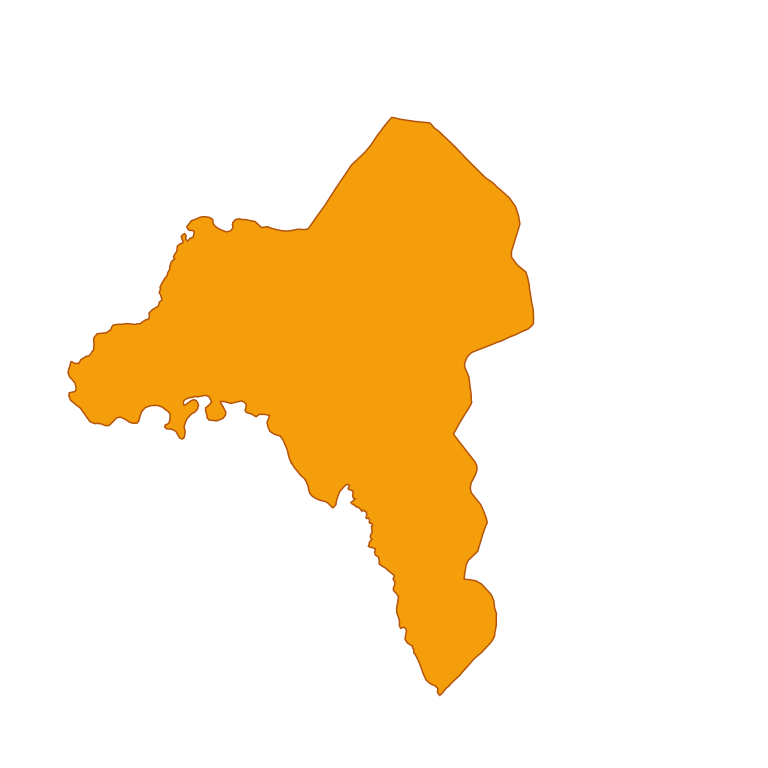 Korogwe Township Authority, Tanga, United Republic of Tanzania, rotated 132°
{"feature_id": "72390352B41893572728253", "entity_name": "Korogwe Township Authority", "entity_type": "district", "adm_level": 2, "iso_a3": "TZA", "parent_name": "United Republic of Tanzania", "parent_adm1": "Tanga", "projection": "mercator", "projection_center": [38.503, -5.145], "detail": "fine", "context": "isolated", "style": "filled", "palette": "amber", "viewbox_px": 768, "rotation_deg": 132, "n_neighbors": 0, "source": "geoboundaries", "source_scale": "gbopen_adm2", "svg_char_len": 6135}
<svg xmlns="http://www.w3.org/2000/svg" viewBox="0 0 768 768"><g transform="rotate(132 384 384)"><path d="M576.9,631.6L581.0,629.4L583.4,628.5L587.2,626.2L589.1,622.4L589.4,618.4L590.2,614.1L592.3,610.9L594.7,608.8L596.6,608.8L601.1,612.0L603.7,610.3L605.8,606.0L605.6,599.5L605.1,593.7L606.2,588.6L607.7,582.1L608.7,577.1L606.8,572.1L604.9,570.6L603.2,567.9L602.7,567.2L601.5,563.4L599.3,560.8L595.6,560.2L590.7,560.2L587.5,559.8L584.9,557.5L583.4,552.8L582.6,547.3L581.1,544.3L578.3,541.3L575.5,541.5L571.3,543.7L566.8,545.6L561.2,545.6L555.5,542.4L551.4,537.9L549.5,533.3L549.3,529.4L548.9,525.8L549.5,522.9L552.1,520.5L554.2,519.0L556.3,518.0L558.7,518.0L560.6,519.2L562.7,518.2L562.7,515.4L560.6,512.9L559.3,510.5L558.4,506.9L560.2,502.1L560.8,499.9L560.0,497.2L557.8,496.6L554.4,498.4L552.1,500.4L549.5,504.0L545.4,505.9L541.6,507.1L534.8,507.1L532.2,505.9L527.8,505.7L523.9,507.6L522.6,509.9L522.0,512.7L523.1,515.0L525.8,516.3L529.7,517.1L532.4,517.5L533.5,518.2L532.6,520.3L530.3,521.6L528.0,521.2L524.6,519.7L522.4,517.6L519.4,515.9L518.4,514.0L515.6,512.0L511.7,508.9L510.5,505.7L511.7,502.1L512.4,500.6L514.9,499.9L517.9,500.1L521.1,500.6L523.7,498.2L525.2,495.3L527.5,492.7L527.8,489.7L525.4,486.6L523.5,483.8L519.9,481.9L516.7,480.6L513.0,481.1L510.7,482.7L509.8,485.3L508.5,488.5L507.9,490.6L507.5,492.3L506.4,493.8L503.9,491.0L500.9,484.9L494.5,480.4L492.1,478.9L491.1,476.0L491.1,473.2L493.4,471.1L496.6,469.6L497.2,467.2L496.0,464.5L494.9,462.4L494.5,459.8L493.8,457.1L490.0,456.4L486.0,451.8L484.0,447.9L490.9,445.2L493.4,441.8L495.5,437.1L494.7,431.8L492.1,426.3L493.2,421.4L497.5,412.1L500.5,407.8L502.6,404.6L504.7,400.1L504.3,400.2L505.7,396.3L506.0,394.8L506.9,389.5L507.7,384.6L507.5,380.4L508.6,376.4L510.7,372.1L513.3,368.7L514.9,366.0L515.4,362.6L514.7,358.1L513.2,353.7L510.3,348.3L510.0,345.8L510.3,341.1L510.1,339.0L505.8,339.0L502.8,341.1L497.0,343.7L493.2,345.0L490.2,345.0L484.9,344.9L482.5,343.5L482.5,341.8L485.7,340.7L486.0,339.7L485.1,337.7L484.3,335.6L486.0,333.9L488.3,332.2L489.4,330.1L488.5,328.6L490.7,328.6L494.1,329.3L494.5,327.6L493.8,324.6L493.8,322.4L492.6,319.7L493.0,316.7L493.4,315.4L492.4,315.4L491.8,314.9L491.8,313.8L491.3,313.5L491.1,311.2L493.0,309.1L495.3,308.1L495.7,307.0L493.9,305.7L494.9,303.5L496.4,302.7L497.0,301.3L495.7,299.8L496.7,297.7L498.1,298.2L499.7,296.3L502.3,293.4L503.8,293.4L506.5,292.2L507.3,291.1L507.4,288.9L509.5,289.2L511.9,288.7L513.0,287.8L514.9,287.2L514.8,285.7L513.5,283.3L512.3,280.0L514.0,279.0L515.4,278.3L516.8,276.1L516.4,272.2L518.7,269.1L520.9,267.3L520.8,265.0L519.8,259.7L519.8,254.9L519.4,249.3L520.0,247.6L522.4,247.0L523.4,245.7L523.4,243.9L525.7,241.9L527.5,241.1L529.0,240.7L530.9,239.1L531.3,236.7L531.4,234.1L532.6,230.7L535.0,229.1L542.6,224.3L545.8,220.9L548.3,216.0L550.6,213.1L552.4,211.7L553.4,210.7L554.4,208.1L552.0,207.0L551.1,205.4L551.9,202.8L552.3,202.5L552.3,202.2L556.2,199.8L559.6,197.6L560.8,193.3L559.8,187.5L561.0,186.1L561.5,184.1L563.9,181.9L564.2,179.6L566.6,173.5L569.5,167.4L572.3,162.5L573.9,159.1L575.8,154.7L575.9,150.7L575.3,147.4L574.1,143.9L574.2,140.1L576.7,138.6L577.6,137.3L578.1,134.2L574.8,133.8L568.6,134.3L565.8,133.7L561.7,133.8L550.1,132.8L544.5,133.0L534.1,133.0L529.1,133.2L524.9,132.8L518.2,131.8L511.2,131.8L506.0,131.6L502.4,131.8L497.5,133.1L494.4,135.4L490.1,137.9L487.4,139.7L483.4,143.5L479.6,146.6L476.2,152.2L471.4,157.5L469.2,162.4L468.6,164.7L468.2,168.8L467.4,177.9L468.9,184.2L472.4,189.8L475.4,193.8L472.2,196.3L463.4,201.9L458.6,203.4L445.6,202.4L429.7,210.0L422.5,213.0L417.9,214.5L415.2,218.3L412.4,223.6L408.9,231.4L407.4,240.7L406.4,246.5L403.6,250.3L399.1,253.1L390.3,255.3L385.8,257.3L382.8,260.1L381.0,264.1L379.8,271.0L377.0,286.8L375.0,297.9L374.2,299.1L373.8,299.1L360.2,302.2L352.1,303.7L346.2,304.6L340.4,305.9L338.4,307.0L338.3,307.7L338.1,307.8L333.8,311.9L333.4,312.4L332.2,313.7L328.5,318.1L321.8,325.9L317.5,335.2L314.7,338.0L308.2,340.3L303.3,340.1L301.5,339.8L281.3,329.7L276.6,327.5L274.0,325.8L266.1,322.6L258.9,319.0L252.3,316.4L250.4,315.5L250.0,315.7L249.4,315.4L249.6,315.1L246.7,313.7L242.9,313.2L239.3,313.3L235.0,316.9L233.0,318.9L232.6,319.1L232.3,319.6L229.0,322.8L224.5,329.0L219.1,335.5L215.7,339.9L213.2,342.3L208.9,348.4L205.9,353.5L206.4,364.4L204.4,374.2L200.3,377.9L174.2,390.0L168.9,396.7L164.2,404.8L161.8,415.2L161.8,428.3L162.0,431.3L161.6,437.2L162.8,446.3L162.2,459.2L162.1,460.1L161.9,465.7L161.4,474.1L160.2,490.1L159.5,512.0L160.1,517.5L159.5,522.1L159.3,524.6L168.3,536.9L176.2,548.8L179.1,554.1L180.8,556.7L190.6,556.4L204.7,555.2L216.2,553.5L225.4,553.3L243.1,554.7L254.8,553.0L271.5,550.7L290.4,547.5L306.4,545.8L319.4,544.1L322.8,546.7L326.3,551.3L332.6,556.0L335.6,558.8L338.8,563.0L341.9,568.5L344.0,572.7L345.1,575.9L349.7,579.7L349.7,582.9L349.5,588.5L351.7,592.1L354.7,597.2L357.0,599.9L358.3,602.4L361.3,604.4L365.1,604.4L367.0,603.3L368.7,600.8L373.0,600.5L376.6,603.1L377.9,606.9L379.0,609.7L379.8,614.8L379.2,618.1L376.4,621.3L376.8,624.9L379.6,629.2L381.9,631.3L383.7,632.6L386.6,633.7L389.6,635.4L391.6,636.4L393.7,636.2L399.2,635.8L399.9,633.9L400.3,631.7L397.9,628.8L397.9,627.3L398.6,626.2L402.8,624.1L404.8,625.2L405.4,625.6L406.9,625.6L408.8,625.4L409.3,627.7L408.0,629.4L406.3,630.0L405.6,632.8L407.8,633.4L410.1,633.4L411.6,630.9L412.4,629.0L413.9,627.9L415.9,629.2L419.9,629.8L424.2,626.6L426.9,626.6L430.6,625.4L431.0,623.2L434.4,623.9L437.0,623.3L440.0,621.8L441.9,620.1L445.9,619.2L448.5,617.7L452.8,617.5L458.7,616.2L461.9,615.2L463.2,613.5L466.6,612.2L467.2,609.7L468.1,608.2L468.9,607.3L470.0,605.2L473.4,605.8L475.1,604.8L477.1,603.9L480.9,605.0L483.7,605.9L488.6,606.1L490.7,603.5L493.5,602.4L493.9,602.6L495.4,603.9L499.2,605.0L502.0,605.4L505.4,608.4L506.7,609.0L507.6,610.7L507.7,610.8L511.5,615.9L513.9,617.7L515.2,619.0L517.1,621.1L520.1,623.7L521.8,624.7L524.0,624.4L526.4,623.4L527.6,623.7L527.9,623.5L529.6,624.2L531.7,624.6L535.8,628.3L538.6,630.8L544.3,630.4L545.0,629.6L548.8,625.9L552.9,622.6L555.9,622.6L557.6,622.0L560.9,622.2L562.8,623.9L568.7,625.5L573.2,624.6L573.9,626.0L575.2,626.7L575.9,628.8L576.1,630.2L576.9,631.6Z" fill="#f59e0b" stroke="#b45309" stroke-width="1.5"/></g></svg>